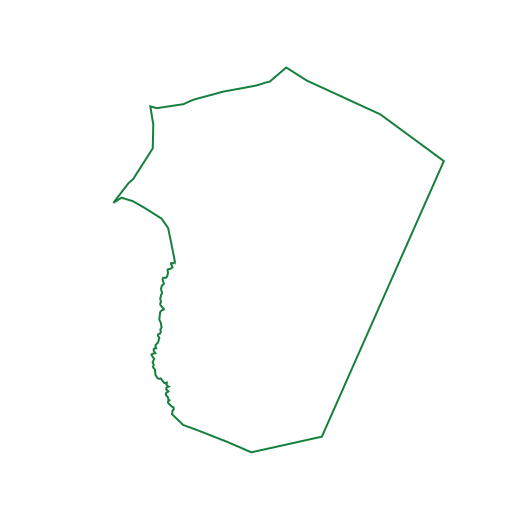 San Juan Teita, Oaxaca, Mexico, rotated 17°
{"feature_id": "50627088B56157188370772", "entity_name": "San Juan Teita", "entity_type": "district", "adm_level": 2, "iso_a3": "MEX", "parent_name": "Mexico", "parent_adm1": "Oaxaca", "projection": "orthographic", "projection_center": [-97.453, 17.075], "detail": "fine", "context": "isolated", "style": "outline", "palette": "green", "viewbox_px": 512, "rotation_deg": 17, "n_neighbors": 0, "source": "geoboundaries", "source_scale": "gbopen_adm2", "svg_char_len": 1956}
<svg xmlns="http://www.w3.org/2000/svg" viewBox="0 0 512 512"><g transform="rotate(17 256 256)"><path d="M308.9,445.1L371.8,409.5L407.9,110.3L333.4,84.2L253.3,73.4L229.8,66.9L218.3,85.0L217.5,85.6L214.5,87.3L212.0,89.1L210.8,90.0L206.2,93.0L176.4,108.5L157.5,120.4L156.5,121.0L155.6,121.6L152.2,123.7L150.7,124.7L148.2,126.7L142.1,132.1L117.9,143.6L111.2,143.8L119.4,160.5L125.8,183.3L116.8,215.5L116.3,217.8L112.7,223.8L104.1,246.8L110.3,239.6L122.3,239.6L135.1,242.5L153.8,247.6L154.6,247.7L161.8,253.4L164.0,255.2L165.6,258.3L169.8,265.9L179.9,284.7L180.2,286.0L179.8,285.8L179.4,286.5L178.8,287.3L177.0,287.5L176.9,288.2L178.4,290.1L179.3,290.9L179.5,291.4L178.8,292.3L177.9,293.3L175.6,294.6L175.4,295.0L176.8,297.9L177.0,301.3L176.3,303.2L175.3,303.4L173.6,304.0L173.4,305.1L173.6,306.0L176.1,309.5L174.6,311.8L174.8,315.3L177.1,319.0L176.6,320.9L177.0,325.2L178.7,327.9L178.3,329.6L178.7,330.5L179.3,331.2L183.5,333.6L183.3,334.3L182.0,335.4L181.4,336.2L180.8,337.7L182.1,345.1L184.5,347.7L185.5,349.9L186.6,351.6L186.0,354.4L186.9,355.7L187.1,356.5L187.0,358.1L185.6,359.3L185.3,359.6L185.6,361.1L187.5,362.4L187.6,367.4L186.6,369.3L186.0,370.5L186.2,371.7L187.5,373.5L185.8,374.1L185.5,374.9L185.6,375.9L186.1,376.7L188.2,378.4L185.3,379.9L184.9,381.1L187.0,382.9L188.7,384.1L188.2,387.9L190.1,390.0L189.9,392.1L190.5,392.8L192.6,394.2L193.0,394.7L193.0,395.4L193.6,396.6L194.6,399.0L196.5,400.8L198.2,401.8L198.7,401.9L199.4,401.6L200.7,400.9L201.2,401.1L202.0,402.1L205.7,404.3L207.8,403.1L207.8,404.9L209.3,406.2L210.7,406.4L208.9,408.0L209.0,409.7L211.9,411.2L211.1,412.2L210.3,412.7L210.1,414.4L210.7,415.4L212.6,416.5L213.5,417.4L214.4,419.2L215.4,419.3L215.1,419.8L214.4,420.8L214.9,422.2L218.9,424.3L220.1,424.8L221.3,424.9L221.9,425.7L222.1,427.3L221.4,428.0L221.5,429.3L221.8,430.3L221.9,431.2L221.8,431.8L226.6,434.2L234.5,438.2L235.7,438.9L250.4,439.7L282.0,442.1L308.9,445.1Z" fill="none" stroke="#15803d" stroke-width="2"/></g></svg>